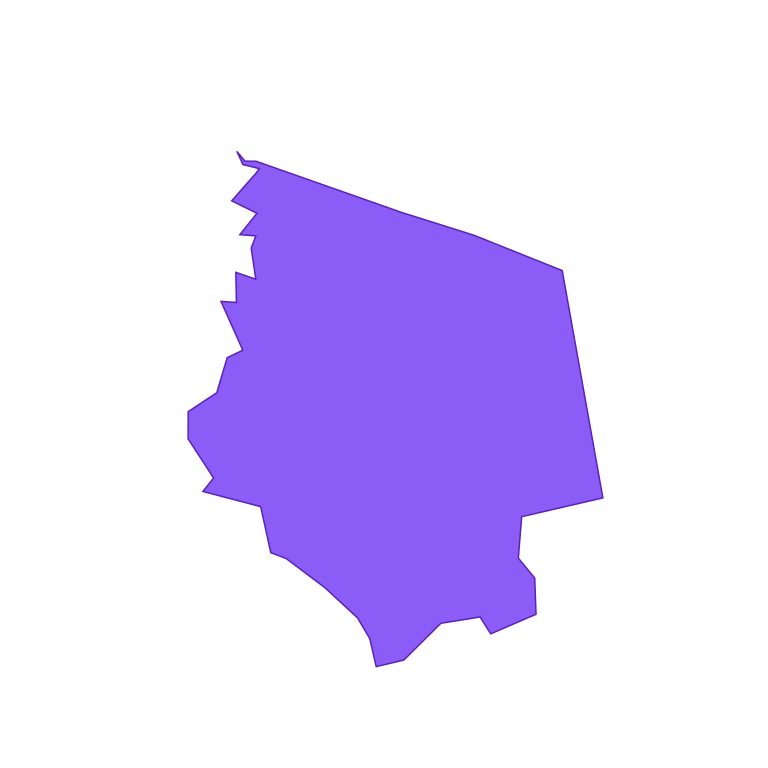 outline of Rockcastle, Kentucky, United States of America, rotated 154°
{"feature_id": "52423323B98910590262232", "entity_name": "Rockcastle", "entity_type": "district", "adm_level": 2, "iso_a3": "USA", "parent_name": "United States of America", "parent_adm1": "Kentucky", "projection": "mercator", "projection_center": [-84.266, 37.345], "detail": "fine", "context": "isolated", "style": "filled", "palette": "violet", "viewbox_px": 768, "rotation_deg": 154, "n_neighbors": 0, "source": "geoboundaries", "source_scale": "gbopen_adm2", "svg_char_len": 675}
<svg xmlns="http://www.w3.org/2000/svg" viewBox="0 0 768 768"><g transform="rotate(154 384 384)"><path d="M348.3,110.4L333.6,143.5L339.6,168.6L318.4,204.4L237.2,185.7L174.1,407.8L237.7,478.0L293.2,530.7L401.5,640.4L411.2,645.2L414.3,657.6L414.6,643.0L401.8,632.4L405.6,630.0L440.6,615.4L423.4,593.1L448.1,581.4L434.3,573.3L443.8,564.3L453.3,534.4L468.2,549.3L480.9,522.0L494.3,529.7L496.1,476.3L513.4,476.4L538.1,449.5L572.1,445.0L584.1,420.6L578.4,374.2L593.9,366.8L548.6,327.8L559.7,282.0L548.5,270.1L526.4,226.8L510.3,185.3L508.4,161.4L514.9,133.4L487.1,127.2L437.8,144.0L399.8,132.5L397.6,112.7L348.3,110.4Z" fill="#8b5cf6" stroke="#5b21b6" stroke-width="1.5"/></g></svg>